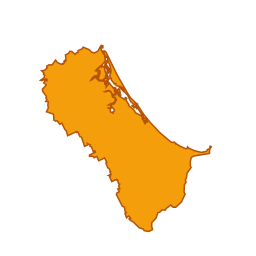 the district of Gold Coast, Queensland, Australia, rotated 325°
{"feature_id": "25037944B76061046607907", "entity_name": "Gold Coast", "entity_type": "district", "adm_level": 2, "iso_a3": "AUS", "parent_name": "Australia", "parent_adm1": "Queensland", "projection": "albers", "projection_center": [153.388, -27.978], "detail": "fine", "context": "isolated", "style": "filled", "palette": "amber", "viewbox_px": 256, "rotation_deg": 325, "n_neighbors": 0, "source": "geoboundaries", "source_scale": "gbopen_adm2", "svg_char_len": 5756}
<svg xmlns="http://www.w3.org/2000/svg" viewBox="0 0 256 256"><g transform="rotate(325 128 128)"><path d="M185.5,191.1L184.8,190.0L182.9,191.9L180.9,191.2L178.7,192.1L174.1,190.0L169.4,184.7L166.4,179.8L166.0,177.6L164.8,178.7L163.2,177.8L160.2,172.7L158.2,168.0L158.5,167.3L158.0,167.8L157.9,166.1L156.2,165.5L155.0,163.7L151.4,150.1L149.4,136.3L148.7,126.5L149.0,114.6L149.8,114.3L148.7,114.3L150.0,113.3L147.2,114.1L146.3,115.2L146.3,118.0L146.6,115.3L147.4,115.8L147.1,122.1L147.7,123.7L146.9,123.8L146.9,125.0L147.9,125.0L148.1,125.8L147.1,125.8L147.7,126.3L146.4,128.0L147.3,129.6L145.8,128.7L145.5,130.1L146.4,132.5L147.7,131.5L148.4,131.8L147.2,133.0L147.7,134.8L146.3,133.1L145.2,133.4L146.0,132.9L145.5,132.2L144.5,135.1L144.6,132.0L145.2,131.3L144.8,129.0L146.3,126.5L143.0,120.0L143.1,115.9L141.4,110.0L142.1,109.2L142.3,104.3L138.8,96.1L140.1,91.9L137.1,93.7L133.7,92.5L133.5,93.8L135.0,95.3L134.7,98.2L130.5,100.3L127.5,99.1L126.9,101.2L127.3,105.4L126.5,106.3L124.6,106.2L124.6,107.9L122.9,104.8L124.5,101.9L122.6,99.6L125.6,102.0L127.2,98.3L126.1,98.5L125.3,97.9L127.0,98.1L131.5,99.2L134.2,97.6L134.4,95.8L133.1,93.8L134.5,90.3L134.4,87.7L132.8,86.1L130.4,85.6L129.8,84.8L133.8,86.1L134.7,87.7L134.6,91.8L135.3,92.5L138.2,92.5L139.1,90.6L137.3,91.3L140.5,89.0L139.4,86.9L139.2,88.6L138.9,89.0L138.6,89.2L139.2,88.0L138.9,86.1L138.0,86.1L138.9,86.1L138.4,81.1L135.6,81.2L135.4,81.0L135.0,80.3L134.5,81.8L133.7,81.9L134.4,81.3L134.1,78.8L135.7,76.6L134.4,75.2L134.2,74.5L131.2,72.8L130.5,68.0L129.3,66.8L128.5,67.5L126.5,67.9L124.9,67.5L126.8,66.6L129.9,66.1L131.2,66.6L130.6,67.4L131.5,67.1L132.0,67.4L132.5,68.2L132.9,67.3L133.2,67.1L134.4,67.8L135.0,65.9L136.0,66.3L137.4,65.3L134.5,62.8L135.2,62.1L142.2,61.3L142.8,61.5L147.9,60.1L150.6,54.8L150.6,50.0L151.7,45.6L147.9,47.7L143.6,47.3L141.7,45.1L141.1,41.5L137.7,36.1L135.5,36.8L131.5,35.9L130.4,37.5L128.8,36.8L126.9,37.4L125.9,33.2L124.4,31.8L122.0,32.8L118.7,32.2L116.1,37.0L112.6,38.2L111.1,38.4L109.7,37.3L107.7,33.8L107.6,30.8L101.9,32.8L99.7,31.0L96.8,30.7L96.1,32.4L92.8,32.9L90.1,31.5L90.7,34.7L89.5,35.6L89.9,37.2L88.1,38.7L83.7,38.7L84.5,39.7L89.0,40.8L89.6,41.6L88.5,42.8L87.8,41.4L84.8,42.7L85.8,45.3L85.4,46.0L80.2,47.1L79.1,49.4L79.3,55.3L77.9,56.5L77.9,58.2L75.8,59.1L77.8,60.7L75.2,63.6L74.5,65.7L70.5,67.9L74.9,74.0L71.8,79.1L72.6,80.8L74.1,81.4L74.2,85.8L76.6,86.1L75.5,92.5L75.8,95.0L74.1,99.7L83.6,101.4L83.4,102.1L84.6,102.3L83.7,107.5L84.7,108.8L81.9,118.1L85.7,118.8L85.9,117.5L87.5,120.4L86.4,121.1L87.2,122.7L86.0,127.3L87.7,127.6L87.5,129.1L81.0,128.0L80.2,129.1L82.4,130.5L83.4,131.9L83.2,132.9L86.1,133.4L85.3,138.1L91.6,139.1L90.9,144.1L89.8,144.0L88.6,148.8L89.2,150.4L88.6,154.0L87.9,153.9L87.5,156.1L84.8,155.7L86.1,157.3L84.9,157.6L84.0,162.6L88.9,163.4L88.8,164.1L89.7,164.3L88.3,168.3L89.0,169.2L86.9,170.3L86.4,173.1L84.7,172.1L84.3,175.2L81.9,174.8L80.3,175.8L78.5,188.8L79.7,190.8L77.9,194.3L78.1,196.3L76.6,196.1L75.3,200.7L78.1,200.4L78.4,203.4L76.7,203.1L76.8,204.6L78.5,208.2L79.9,216.1L82.5,219.5L82.4,221.4L85.7,224.7L89.9,225.3L91.0,222.1L93.2,219.2L99.3,217.9L103.9,214.5L106.0,215.2L108.9,214.6L111.4,216.6L113.6,215.8L118.9,215.7L119.5,218.8L121.7,220.3L129.4,219.2L136.8,215.0L137.2,212.6L141.6,206.9L144.4,205.7L145.2,203.4L147.2,202.4L150.6,198.8L157.0,196.6L157.4,194.7L159.9,191.1L162.9,188.5L165.6,188.6L180.2,195.6L182.2,192.7L185.5,191.1ZM145.7,95.5L146.5,100.8L145.3,108.2L146.7,112.2L149.0,112.8L147.4,104.7L147.5,100.2L149.6,78.0L153.5,53.3L153.2,51.7L151.9,50.8L150.7,55.4L151.8,58.0L149.9,61.8L149.2,66.1L146.6,71.9L142.7,75.1L142.4,78.5L141.9,78.9L142.2,83.1L143.3,84.7L142.6,85.1L142.8,86.8L145.5,89.5L147.0,92.4L146.8,94.7L145.7,95.5ZM135.8,62.6L136.7,62.9L135.1,62.8L137.6,64.5L137.5,65.5L136.0,67.5L135.1,67.5L134.4,68.8L132.3,70.0L131.9,71.3L132.9,73.4L135.1,74.3L138.4,73.7L140.8,71.4L143.4,64.3L143.3,63.5L141.2,62.8L141.6,61.9L141.5,62.5L142.7,62.7L141.9,61.6L135.8,62.6ZM142.8,90.5L140.0,90.7L141.0,91.9L140.2,95.2L141.6,95.1L143.1,91.9L142.8,90.5ZM137.8,74.1L134.6,75.3L135.7,75.7L136.5,77.5L137.9,76.9L138.9,77.3L139.1,75.0L137.8,74.1ZM138.6,81.0L138.2,78.2L137.0,79.7L135.1,78.2L134.5,79.7L134.7,80.3L134.9,80.5L135.0,80.3L135.6,81.2L138.6,81.0ZM144.8,63.5L144.7,65.8L147.3,62.8L147.4,61.9L146.8,61.6L144.8,63.5ZM144.2,70.8L146.6,66.8L146.5,65.4L144.0,68.7L144.2,70.8ZM139.8,73.3L140.5,74.6L142.3,70.7L139.8,73.3ZM152.1,47.2L153.4,47.9L154.6,46.3L153.6,45.1L152.1,47.2ZM131.9,68.1L131.0,67.9L131.9,69.9L134.3,68.0L133.2,67.2L132.6,68.3L131.2,67.2L131.9,68.1ZM144.7,90.8L145.3,95.1L146.4,94.2L144.7,90.8ZM145.6,114.9L145.6,112.1L143.4,112.0L144.1,112.3L144.8,115.0L145.6,114.9ZM135.0,77.8L136.9,78.9L137.6,78.2L136.0,77.2L135.0,77.8ZM143.7,103.9L143.8,102.1L142.8,101.0L143.7,103.9ZM143.9,71.8L145.6,71.0L145.2,69.9L144.1,71.0L143.9,71.8ZM140.2,97.2L141.0,96.9L140.2,95.7L139.7,96.4L140.2,97.2ZM126.9,66.7L128.3,67.4L128.9,66.8L126.9,66.7ZM110.5,37.6L112.2,38.1L112.8,37.9L110.5,37.6ZM135.1,67.1L136.0,66.9L135.2,66.0L135.1,67.1ZM151.2,57.6L150.8,56.8L150.1,57.6L151.2,57.6ZM140.0,87.1L140.3,88.1L140.9,88.8L140.6,87.5L140.0,87.1ZM146.2,70.2L146.7,69.4L146.6,68.8L146.1,69.4L146.2,70.2ZM140.4,76.8L141.1,76.4L140.5,75.8L140.3,76.0L140.4,76.8ZM115.6,36.1L113.7,36.7L113.2,37.0L114.9,36.6L115.6,36.1ZM138.3,77.4L137.4,77.6L137.8,78.0L138.3,77.4ZM148.9,60.4L148.9,61.4L149.3,60.8L148.9,60.4ZM139.5,77.0L140.2,77.0L139.6,76.6L139.5,77.0ZM142.7,84.9L142.7,84.0L142.4,83.8L142.7,84.9ZM144.6,66.1L144.8,66.7L145.1,66.2L144.6,66.1ZM144.4,66.9L144.6,67.5L144.8,66.8L144.4,66.9ZM140.9,74.5L141.3,74.3L141.3,73.8L140.9,74.5ZM142.0,83.8L142.3,84.5L142.1,83.7L142.0,83.8ZM144.8,90.0L144.4,90.0L144.6,90.4L144.8,90.0ZM142.8,71.5L143.0,71.0L142.9,70.8L142.8,71.5Z" fill="#f59e0b" stroke="#b45309" stroke-width="1.5"/></g></svg>